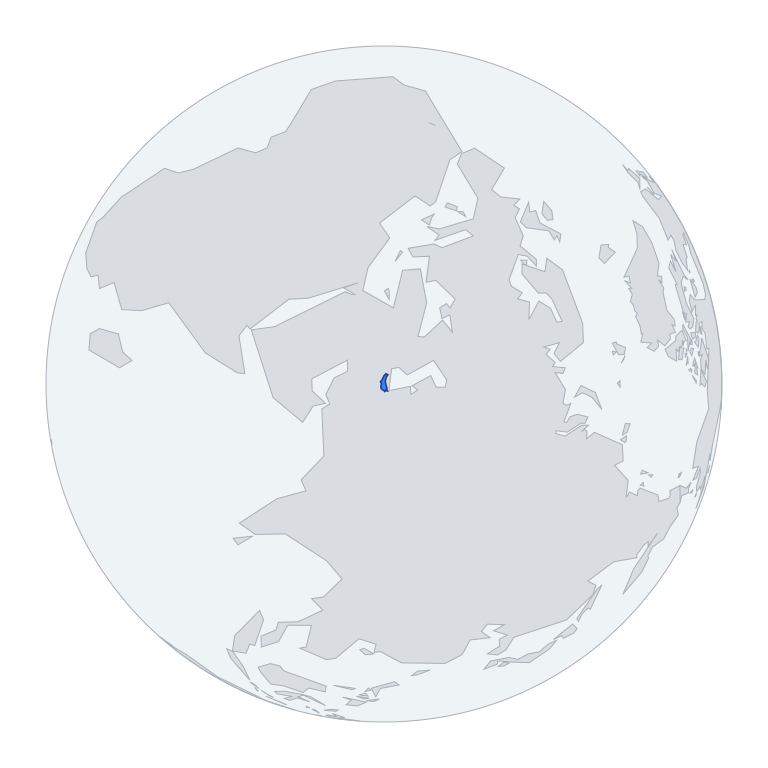 Mazandaran on an orthographic globe, rotated 91°
{"feature_id": "IRN-3214", "entity_name": "Mazandaran", "entity_type": "Province", "adm_level": 1, "iso_a3": "IRN", "parent_name": "Iran", "parent_adm1": "", "projection": "orthographic", "projection_center": [52.513, 36.378], "detail": "fine", "context": "on_globe", "style": "filled", "palette": "blue", "viewbox_px": 768, "rotation_deg": 91, "n_neighbors": 0, "source": "natural_earth", "source_scale": "10m", "svg_char_len": 11892}
<svg xmlns="http://www.w3.org/2000/svg" viewBox="0 0 768 768"><g transform="rotate(91 384 384)"><circle cx="384" cy="384" r="338" fill="#eef3f6" stroke="#a8b0b8"/><path d="M391.6,46.2L404.5,47.8L439.2,54.5L455.1,56.7L447.8,56.8L481.2,62.3L503.2,70.0L475.3,61.5L470.0,61.0L483.5,65.7L481.0,66.3L486.1,69.3L482.0,69.9L466.0,65.9L463.0,66.5L472.7,69.9L474.6,73.4L460.9,68.1L462.9,73.9L436.5,70.2L403.1,58.9L385.3,60.6L342.5,59.8L343.3,61.8L327.6,63.9L322.6,67.2L316.1,67.0L317.8,70.0L324.7,69.7L327.7,71.1L325.5,73.4L316.7,73.1L316.6,71.9L312.9,73.1L309.5,72.1L309.9,73.8L299.6,73.8L306.3,77.3L295.2,80.2L289.3,79.3L294.5,74.9L293.9,64.8L289.6,64.0L278.2,66.6L246.9,80.0L240.2,81.7L227.7,87.2L229.2,87.9L239.6,84.0L239.3,87.4L252.0,83.1L253.7,84.2L264.8,82.5L258.1,87.8L245.5,94.4L235.9,96.4L230.1,99.7L235.1,102.4L213.3,111.8L192.1,128.4L187.0,130.8L184.4,125.7L194.8,112.9L191.4,109.7L188.4,117.4L175.7,124.6L171.5,128.5L169.2,131.9L171.9,131.5L166.5,135.6L167.5,128.6L172.4,124.8L172.1,126.8L176.8,121.2L177.4,118.1L170.9,122.8L178.0,116.1L198.8,101.4L220.6,88.2L243.3,76.8L266.8,67.1L291.0,59.1L315.7,53.1L340.8,48.9L366.1,46.6L391.6,46.2ZM403.0,46.6L404.0,46.7L398.7,46.4L398.3,46.4L403.0,46.6ZM467.0,58.7L459.5,56.7L467.7,58.6L467.0,58.7ZM487.5,69.6L490.4,70.2L491.8,71.6L487.5,69.6ZM267.8,79.8L266.3,81.1L265.0,80.7L267.8,79.8ZM274.0,77.9L273.5,76.6L276.4,75.5L276.7,76.4L274.0,77.9ZM486.8,74.0L488.2,76.5L484.0,73.2L486.8,74.0ZM273.9,80.0L281.6,73.9L286.7,72.3L291.8,74.4L273.9,80.0ZM487.1,77.5L490.6,84.4L497.4,85.9L480.3,86.3L483.0,79.8L476.8,75.3L483.4,77.7L487.1,77.5ZM327.9,68.7L320.4,69.1L328.8,66.9L327.9,68.7ZM332.5,67.0L353.7,59.7L363.6,60.8L354.5,62.7L369.0,63.1L363.3,67.2L354.1,67.9L348.8,66.2L350.7,69.2L332.5,67.0ZM470.2,85.8L468.7,87.2L467.2,85.1L470.2,85.8ZM329.6,71.6L333.0,69.7L341.8,70.4L336.6,74.3L335.4,72.8L329.6,71.6ZM375.5,61.5L381.1,63.1L378.1,66.7L379.9,67.9L364.1,67.4L375.5,61.5ZM332.3,73.7L333.7,76.3L327.5,78.1L326.9,73.5L332.3,73.7ZM346.3,69.1L350.2,69.8L346.3,70.6L346.3,69.1ZM306.2,87.0L310.1,84.2L315.0,84.3L306.2,87.0ZM334.7,77.2L336.8,76.6L339.2,76.5L338.8,78.6L334.7,77.2ZM363.0,70.2L360.6,71.6L369.4,70.6L367.5,73.7L357.2,72.9L360.8,74.6L360.3,75.6L352.6,74.0L363.0,70.2ZM345.6,80.5L332.0,81.4L323.7,86.2L319.0,86.2L333.2,78.5L345.6,80.5ZM350.4,76.7L346.4,78.9L342.7,77.5L343.1,75.1L350.4,76.7ZM369.8,76.2L375.4,71.6L377.5,71.9L369.8,76.2ZM343.9,82.1L347.3,81.9L343.8,82.6L343.9,82.1ZM362.7,78.2L364.4,76.4L366.7,76.8L362.7,78.2ZM352.5,83.2L348.1,83.3L348.3,81.6L352.5,83.2ZM357.8,81.1L360.5,82.2L351.0,80.8L358.2,80.2L357.8,81.1ZM364.6,78.9L366.5,78.6L363.6,79.6L364.6,78.9ZM354.5,90.2L342.4,88.9L342.8,84.8L354.4,86.5L354.5,90.2ZM81.9,438.0L76.6,380.7L84.8,368.8L90.3,347.8L150.3,310.1L158.6,322.0L200.8,335.5L205.2,340.8L195.4,356.2L223.2,391.3L237.9,380.8L267.9,402.0L290.9,406.8L307.7,375.9L270.0,367.4L268.2,349.7L302.3,342.7L335.9,350.9L336.3,344.4L319.1,326.6L330.9,316.5L313.6,319.5L317.6,327.1L306.8,329.6L302.5,322.9L306.9,319.3L297.9,314.3L279.5,333.9L281.5,343.7L255.5,340.8L256.5,357.3L247.9,362.2L243.1,336.3L246.7,328.4L234.4,297.3L228.2,305.1L239.5,335.4L234.1,331.5L225.9,343.7L228.0,331.3L217.3,297.5L196.5,293.4L162.9,314.5L152.3,310.5L146.6,297.5L166.1,267.4L187.7,279.8L194.9,270.6L196.7,251.5L203.1,257.4L206.5,251.5L215.2,255.8L233.6,247.3L243.5,250.4L256.6,233.9L263.4,233.6L253.7,243.1L252.2,252.0L277.4,260.7L283.9,258.4L290.4,247.4L296.5,251.7L299.6,240.0L317.0,240.2L298.4,230.5L305.6,218.7L319.2,212.3L318.2,207.0L296.0,217.6L290.1,223.6L290.4,231.3L271.6,247.9L261.6,248.0L268.8,225.1L255.5,223.3L266.9,207.4L319.9,186.4L339.1,185.4L358.3,208.0L350.4,214.5L339.6,209.3L344.2,224.9L346.4,218.4L351.5,222.4L359.6,213.2L363.6,215.7L364.6,203.1L370.3,205.1L369.6,213.1L386.6,202.5L400.2,204.8L402.1,201.3L400.3,196.9L418.8,203.5L419.3,200.7L413.5,197.4L410.9,189.9L413.5,179.5L419.8,182.3L419.7,186.4L428.9,199.8L427.7,211.1L430.5,211.3L433.0,202.2L421.8,185.8L421.6,178.9L428.1,185.7L425.7,182.7L427.6,180.2L435.3,180.5L428.7,172.8L440.6,144.6L456.7,143.5L461.2,152.1L476.1,138.2L493.1,139.9L487.7,136.6L491.2,128.9L485.9,128.2L483.6,126.1L490.2,108.3L496.6,107.0L493.3,97.4L490.6,95.9L485.6,96.2L480.3,86.3L497.4,85.9L502.8,89.0L509.9,87.4L521.3,95.3L534.0,101.7L542.3,112.6L551.6,117.4L553.3,116.3L567.2,122.8L590.0,141.4L564.1,131.0L528.5,108.0L542.4,117.3L537.0,116.9L540.6,121.5L550.7,128.5L553.2,128.1L557.8,151.3L577.5,176.8L581.5,168.7L590.9,171.3L616.8,197.6L635.0,249.8L647.6,257.3L653.0,265.7L652.0,276.0L644.2,263.9L637.2,264.3L632.9,256.4L628.8,270.2L622.5,259.6L622.3,276.4L629.8,282.3L635.8,273.4L638.4,293.5L653.1,301.1L662.3,318.1L662.5,361.5L651.6,382.9L652.5,389.2L644.3,387.4L639.2,404.6L659.1,427.5L660.6,436.8L649.6,463.6L648.3,457.2L626.7,452.4L626.8,476.0L643.3,484.8L649.2,502.0L638.3,502.6L631.8,487.7L624.1,485.5L623.3,465.9L611.2,441.2L599.9,452.7L598.0,440.9L579.7,422.5L561.9,438.1L535.6,480.0L536.7,510.2L525.6,526.2L500.5,488.9L492.2,460.2L481.3,465.2L457.1,442.9L409.9,445.7L404.9,437.8L395.6,442.0L378.8,434.0L371.8,420.5L360.8,421.1L380.1,456.3L392.0,455.7L404.3,442.2L407.3,454.5L423.7,464.6L399.6,494.6L332.2,517.6L328.6,494.5L292.4,424.4L295.2,417.2L295.1,416.3L294.9,414.7L288.6,426.0L283.3,411.8L299.5,461.0L300.9,480.6L331.3,518.9L327.7,522.0L338.3,529.9L375.9,523.3L375.5,530.7L356.0,563.2L306.5,600.6L314.8,627.4L314.2,647.5L287.2,655.7L293.5,670.1L280.2,671.8L282.0,678.8L273.5,683.2L257.9,684.4L227.0,674.0L222.0,667.7L201.7,649.8L172.2,607.2L176.6,593.3L172.5,577.9L150.5,534.1L155.1,516.5L150.0,505.0L139.1,501.1L133.6,487.1L127.4,482.9L90.8,461.8L81.9,438.0ZM124.6,337.4L121.8,343.2L121.8,343.3L124.6,337.4ZM368.5,376.6L390.6,379.1L385.8,357.5L393.9,356.9L389.3,350.1L385.3,356.0L374.8,337.4L386.2,331.8L386.1,322.6L378.7,321.4L359.6,334.9L374.5,361.0L367.2,369.3L368.5,376.6ZM175.7,125.0L175.4,125.7L172.2,129.5L171.8,128.7L175.7,125.0ZM169.2,142.9L160.6,149.2L166.4,143.8L164.2,143.3L173.8,131.9L185.0,131.5L178.2,133.4L169.2,142.9ZM189.8,117.8L182.4,124.3L190.0,117.3L189.8,117.8ZM216.6,217.9L217.5,223.6L211.1,229.0L198.7,227.4L207.8,219.3L216.6,217.9ZM220.3,230.8L230.9,209.8L239.0,210.8L232.7,213.6L237.0,216.3L227.9,221.8L225.4,244.1L219.6,250.5L199.8,242.6L209.5,241.3L208.0,235.4L220.3,230.8ZM243.5,162.1L248.1,155.1L259.7,165.8L254.0,171.3L241.3,169.4L240.5,161.9L243.5,162.1ZM281.5,85.7L282.5,83.8L284.9,83.6L286.0,85.2L281.5,85.7ZM307.6,85.7L279.5,94.6L279.2,92.7L263.0,101.3L256.1,99.7L266.8,94.0L249.4,99.7L256.3,93.9L244.5,98.7L269.1,86.1L274.6,81.8L271.1,87.0L277.3,88.5L281.7,87.8L298.1,83.0L313.0,75.3L321.5,76.3L323.6,79.0L321.3,81.0L316.5,79.6L316.9,83.3L308.2,82.9L307.6,85.7ZM343.0,121.4L338.4,117.1L337.7,128.0L329.0,126.2L329.5,127.6L321.2,129.1L312.1,133.6L308.8,131.9L306.6,134.5L301.1,135.9L297.1,139.0L289.8,137.3L284.2,141.0L283.9,138.1L276.3,145.3L278.7,139.3L271.8,141.1L273.1,145.9L243.8,133.1L229.6,133.7L216.4,137.9L222.3,128.1L238.4,118.5L258.4,111.2L271.2,112.5L271.5,108.3L277.8,107.9L274.9,111.4L283.0,105.9L287.4,106.6L305.2,102.5L314.2,95.1L321.0,93.8L319.6,97.1L327.2,93.5L329.2,99.1L334.0,98.5L340.8,103.8L335.4,111.2L341.2,110.0L346.6,114.5L343.0,121.4ZM356.1,91.8L351.5,100.2L344.5,103.6L335.6,93.1L331.0,92.9L325.0,87.1L335.3,82.5L336.1,84.5L339.2,85.4L334.7,86.5L340.7,86.4L341.9,89.3L346.8,90.1L344.0,92.5L356.1,91.8ZM213.3,336.9L217.3,339.4L224.3,341.4L219.2,349.5L213.3,336.9ZM205.6,313.9L209.6,314.5L205.9,326.0L201.7,323.8L205.6,313.9ZM215.1,305.4L210.2,313.6L210.4,307.8L215.1,305.4ZM257.8,243.3L262.5,243.6L261.8,246.4L257.7,249.6L257.8,243.3ZM339.3,156.4L337.8,152.7L340.0,151.8L343.3,143.1L350.1,144.2L350.7,149.9L339.3,156.4ZM299.5,380.3L291.0,385.2L288.3,381.4L291.7,380.4L299.5,380.3ZM251.8,367.8L261.2,375.0L250.3,370.0L251.8,367.8ZM347.2,156.2L347.9,152.3L350.9,155.3L347.2,156.2ZM355.2,144.7L359.2,147.4L351.3,143.4L355.2,144.7ZM447.1,715.2L450.7,715.0L445.0,716.0L447.1,715.2ZM372.4,648.7L355.1,679.6L338.9,678.6L333.6,669.5L338.5,650.5L356.6,645.8L364.9,636.4L372.4,648.7ZM689.5,508.1L693.2,504.2L692.8,505.6L689.5,508.1ZM685.9,509.1L690.6,503.8L684.5,512.8L685.9,509.1ZM692.3,501.7L697.1,493.5L699.1,488.9L698.4,491.9L692.3,501.7ZM682.4,513.0L660.8,532.5L651.4,536.6L654.3,530.4L669.5,519.4L682.4,513.0ZM653.5,530.9L638.3,528.9L612.5,504.5L621.8,500.3L647.8,508.7L646.3,513.7L655.6,517.3L653.5,530.9ZM687.7,478.7L686.0,491.8L674.8,501.9L669.3,504.9L665.6,492.8L667.7,483.1L672.5,479.4L687.1,436.5L692.9,437.4L689.3,453.9L693.8,459.7L687.7,478.7ZM538.4,512.5L547.4,527.3L540.9,532.0L538.4,512.5ZM690.2,410.6L686.2,429.3L688.9,407.1L690.2,410.6ZM690.2,391.7L691.8,397.5L688.3,394.3L690.2,391.7ZM655.0,398.0L650.1,403.5L648.6,399.2L654.0,389.6L655.0,398.0ZM669.2,332.7L674.2,345.8L675.0,351.1L670.4,345.3L669.2,332.7ZM405.7,165.7L393.5,176.0L389.2,185.3L393.8,193.1L382.1,187.1L388.7,172.6L405.7,165.7ZM435.7,146.6L431.6,140.7L436.7,140.9L438.4,142.3L435.7,146.6ZM430.8,144.7L419.4,142.0L419.3,137.2L428.3,140.2L430.8,144.7ZM383.1,147.9L379.0,150.7L376.6,148.1L383.1,147.9ZM640.5,604.0L648.9,591.5L650.8,589.7L657.7,577.2L679.7,545.3L697.5,507.1L702.2,497.5L710.4,471.2L711.5,467.1L704.2,492.0L695.0,516.2L683.9,539.7L671.1,562.2L656.6,583.7L640.5,604.0ZM698.3,496.8L704.4,480.4L706.6,475.6L698.3,496.8ZM719.1,427.3L719.3,425.5L716.4,436.6L715.8,433.9L717.7,425.2L714.5,430.1L718.2,417.4L718.8,424.6L720.4,409.8L721.4,402.4L719.1,427.3ZM716.4,442.2L716.8,440.5L716.0,445.4L716.4,442.2ZM709.1,452.4L708.7,455.9L707.5,456.0L709.1,452.4ZM710.9,447.2L714.2,442.8L710.4,450.6L710.9,447.2ZM696.6,459.0L698.1,464.4L703.2,452.7L699.3,464.8L701.8,472.4L700.2,478.6L698.0,470.0L695.7,485.2L693.3,487.9L692.9,477.9L695.8,460.6L698.0,451.6L706.6,436.8L696.6,459.0ZM711.2,438.2L710.2,431.4L710.8,424.1L712.1,426.5L711.2,438.2ZM705.4,416.3L700.7,411.2L697.8,419.9L702.3,396.0L706.3,404.7L705.4,416.3ZM699.3,398.1L696.7,406.1L698.4,393.2L699.3,398.1ZM695.3,403.8L693.5,397.0L696.3,394.6L695.3,403.8ZM700.9,396.1L699.0,383.1L701.6,388.5L700.9,396.1ZM688.5,382.4L696.9,386.8L688.4,391.4L681.5,368.2L684.7,363.6L688.5,382.4ZM664.5,264.8L660.0,259.3L661.0,254.0L663.8,259.3L664.5,264.8ZM660.1,233.9L659.8,250.9L658.9,265.6L662.2,265.8L667.4,279.0L659.1,272.6L655.2,254.3L657.1,245.3L651.4,235.2L649.1,224.2L640.4,214.1L637.5,207.2L645.9,213.8L660.1,233.9ZM636.6,210.2L620.6,191.1L625.2,186.7L629.7,189.8L635.1,200.2L632.4,201.9L636.6,210.2ZM618.1,185.4L615.3,187.1L585.9,167.6L580.9,162.6L605.6,173.8L604.3,176.2L610.7,182.1L618.1,185.4ZM472.3,88.2L469.0,87.3L472.0,87.0L472.3,88.2ZM480.6,126.0L477.9,123.1L481.6,122.4L480.6,126.0ZM472.6,115.1L470.3,117.8L470.1,113.7L472.6,115.1ZM465.7,124.3L468.2,118.3L469.6,125.8L465.7,124.3Z" fill="#d9dde1" stroke="#a8b0b8" stroke-width="1"/><path d="M374.9,380.3L375.1,380.5L375.3,380.5L375.5,380.7L376.2,381.2L376.9,381.6L377.3,381.8L378.6,382.1L379.4,382.4L380.3,382.5L381.1,382.8L382.0,382.7L382.8,382.4L383.6,382.2L384.5,382.0L385.3,381.9L386.1,381.6L386.8,381.4L388.4,381.0L388.6,381.0L390.5,380.8L390.8,380.8L391.0,380.6L391.0,380.8L390.8,380.9L390.4,380.9L390.2,381.0L389.9,381.0L389.7,381.1L389.4,381.0L389.2,381.0L389.3,381.1L389.4,381.3L389.6,381.4L389.6,381.5L389.9,381.9L390.9,382.5L391.4,383.0L391.6,383.3L391.1,383.5L390.8,383.7L390.4,384.1L390.2,384.4L390.1,384.7L390.1,385.2L389.9,385.4L389.4,385.9L389.3,386.0L389.2,386.2L389.1,386.4L388.9,386.5L388.6,386.7L388.2,386.9L387.8,386.8L387.6,386.9L387.3,387.1L387.0,387.1L386.6,387.2L386.1,386.9L385.9,386.9L385.7,387.0L385.4,387.0L385.1,386.9L384.5,386.6L384.1,386.6L383.8,386.4L383.5,386.4L383.0,386.7L382.4,387.5L382.1,387.6L381.7,387.6L381.4,387.5L381.3,387.4L381.1,387.2L380.9,386.7L380.4,386.2L379.7,385.9L379.0,385.8L378.5,385.5L378.2,385.1L377.4,385.0L377.2,384.9L377.0,384.7L376.9,384.6L376.6,384.4L375.9,384.3L375.9,384.2L375.1,383.4L374.8,383.3L373.6,382.2L373.8,382.0L374.1,381.5L374.2,381.0L374.4,380.8L374.7,380.7L374.8,380.5L374.9,380.3L374.9,380.3Z" fill="#3b82f6" stroke="#1e3a8a" stroke-width="1.5"/></g></svg>